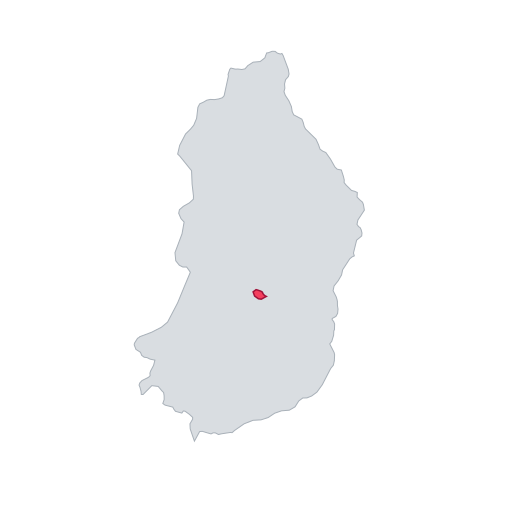 location of Dunaújváros within Hungary, rotated 296°
{"feature_id": "HUN-4925", "entity_name": "Dunaújváros", "entity_type": "Urban county", "adm_level": 1, "iso_a3": "HUN", "parent_name": "Hungary", "parent_adm1": "", "projection": "mercator", "projection_center": [18.923, 46.932], "detail": "fine", "context": "in_parent", "style": "filled", "palette": "rose", "viewbox_px": 512, "rotation_deg": 296, "n_neighbors": 0, "source": "natural_earth", "source_scale": "10m", "svg_char_len": 2940}
<svg xmlns="http://www.w3.org/2000/svg" viewBox="0 0 512 512"><g transform="rotate(296 256 256)"><path d="M406.9,151.3L412.3,150.6L412.6,150.7L413.9,151.1L414.8,155.1L414.9,155.4L416.2,158.0L417.4,161.5L419.4,164.1L423.6,165.2L429.0,168.5L432.6,174.5L438.0,177.1L438.3,177.1L439.4,176.9L443.2,176.6L444.0,177.9L447.1,180.8L448.3,183.5L447.7,186.2L448.2,189.4L449.4,190.5L448.0,192.6L438.0,203.1L434.1,205.9L431.5,206.4L427.4,205.3L423.2,206.2L419.4,208.4L416.0,209.1L413.3,211.8L409.9,217.5L405.8,222.3L401.6,225.3L399.4,228.0L399.1,237.2L396.8,239.8L393.6,242.5L391.9,244.8L387.2,258.8L383.5,263.3L380.1,266.7L379.5,269.8L379.6,273.4L375.7,280.5L370.6,287.9L369.6,290.9L370.7,295.0L365.8,299.7L363.0,302.0L360.6,303.0L359.2,306.0L356.8,313.1L357.4,316.3L357.5,319.2L353.3,321.0L352.1,324.2L351.0,328.2L349.3,330.0L344.7,333.3L333.1,331.8L328.7,332.9L327.4,335.3L327.1,337.2L325.7,339.0L323.1,341.2L320.4,342.2L314.3,339.5L301.4,342.3L299.2,344.3L297.4,342.8L294.6,341.5L281.6,339.9L276.5,341.2L269.7,340.7L263.3,339.3L258.6,340.5L254.4,346.0L252.4,347.9L250.8,349.1L247.2,350.9L244.2,353.0L240.2,354.5L236.7,354.3L233.3,351.9L232.1,352.4L231.1,354.6L229.3,356.5L224.2,358.8L223.0,358.8L222.7,358.8L218.8,360.5L212.5,361.5L209.3,360.8L203.5,368.5L201.8,369.9L196.3,372.3L191.8,373.4L187.9,372.5L186.4,372.4L169.3,372.0L160.3,370.4L154.6,367.4L150.8,364.0L148.9,360.3L144.5,358.0L137.5,357.2L132.0,353.5L128.1,346.9L122.9,341.7L116.2,337.8L110.9,332.3L107.0,325.3L100.0,318.9L89.8,313.2L86.8,312.0L86.1,310.2L81.2,303.1L79.1,300.5L79.2,297.0L78.3,295.0L76.4,293.6L75.5,288.5L74.9,284.7L73.5,282.3L62.6,281.8L71.7,272.7L76.2,270.2L81.5,270.6L83.2,269.8L83.6,268.5L84.5,265.5L85.0,262.7L85.4,260.1L84.8,258.6L82.3,258.2L81.1,251.7L82.4,249.2L83.7,247.5L82.1,239.6L82.6,236.9L86.7,236.4L90.1,234.7L92.8,232.8L93.6,230.4L95.9,225.3L93.8,219.2L82.0,215.2L81.3,213.6L84.1,211.9L87.0,209.4L88.7,207.5L91.0,207.2L94.2,208.2L99.9,212.6L102.1,213.3L104.2,212.0L106.5,211.7L112.8,211.9L118.1,210.8L116.9,206.1L116.9,202.6L116.0,199.8L116.6,196.8L118.8,194.4L119.4,189.1L122.7,185.5L124.3,185.0L130.1,185.6L131.5,186.6L132.4,186.8L141.7,195.6L150.5,202.2L157.8,205.5L168.4,205.8L179.6,206.1L198.5,204.9L212.6,204.1L213.6,202.4L215.7,198.5L214.0,195.1L214.1,191.1L216.5,186.0L223.5,181.7L243.5,179.8L255.0,176.5L256.7,172.2L260.5,167.8L264.0,166.9L268.8,168.9L274.5,172.8L279.6,174.8L282.5,173.5L292.7,167.0L304.4,160.7L312.4,143.6L313.3,140.9L322.0,138.9L334.8,139.2L341.3,141.5L346.2,142.7L353.6,142.3L364.2,138.6L368.1,138.7L371.2,141.3L374.5,143.5L376.7,146.3L378.4,150.2L379.4,151.6L380.8,153.6L383.5,156.4L386.1,157.1L405.7,152.3L406.9,151.3Z" fill="#d9dde1" stroke="#a8b0b8" stroke-width="1"/><path d="M225.8,270.8L226.1,272.3L226.5,275.7L226.4,277.3L226.0,278.0L225.4,278.4L224.9,279.4L224.4,280.6L224.2,281.7L224.2,283.0L219.5,279.7L218.6,276.9L219.4,272.3L222.5,269.1L225.8,270.8Z" fill="#f43f5e" stroke="#9f1239" stroke-width="1.5"/></g></svg>